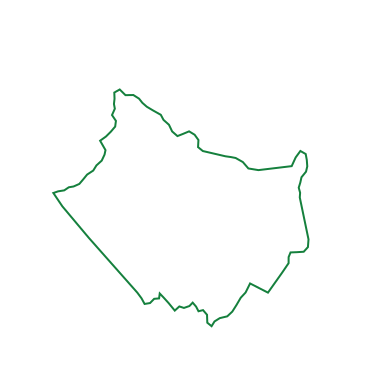 Guarabira, Paraíba, Brazil, rotated 146°
{"feature_id": "56859067B2351193324902", "entity_name": "Guarabira", "entity_type": "district", "adm_level": 2, "iso_a3": "BRA", "parent_name": "Brazil", "parent_adm1": "Paraíba", "projection": "robinson", "projection_center": [-35.452, -6.887], "detail": "fine", "context": "isolated", "style": "outline", "palette": "green", "viewbox_px": 384, "rotation_deg": 146, "n_neighbors": 0, "source": "geoboundaries", "source_scale": "gbopen_adm2", "svg_char_len": 1343}
<svg xmlns="http://www.w3.org/2000/svg" viewBox="0 0 384 384"><g transform="rotate(146 192 192)"><path d="M194.6,317.4L200.8,317.9L204.1,312.6L207.5,308.6L209.4,304.2L215.3,300.5L215.3,293.5L219.1,289.2L225.5,287.4L232.3,286.1L239.5,285.9L239.9,280.4L240.3,275.1L243.6,271.9L249.3,268.5L256.3,267.5L261.9,265.0L269.2,265.1L275.5,263.2L280.9,261.7L287.1,262.8L291.5,264.8L297.0,264.8L302.6,267.4L307.5,268.7L307.5,252.6L303.2,211.8L293.6,139.1L293.3,132.1L293.9,125.7L288.9,123.4L283.1,124.6L278.8,122.2L275.5,125.9L274.6,120.7L273.5,113.0L272.6,103.3L266.5,104.2L263.5,100.4L257.9,98.9L253.3,99.9L252.7,94.7L253.3,89.5L248.9,87.9L248.2,81.8L252.4,75.1L250.8,69.8L245.7,72.1L239.5,71.9L232.3,69.2L225.5,70.3L218.4,73.4L210.7,77.1L203.8,78.7L199.2,81.3L195.0,83.7L185.3,66.1L162.2,74.8L151.7,79.0L148.3,84.0L144.1,86.8L138.6,83.4L132.8,80.0L126.7,81.5L121.9,87.6L105.7,127.2L102.8,130.9L101.1,135.9L96.9,139.3L93.0,143.0L86.1,145.1L82.1,148.8L78.9,154.4L76.5,159.9L79.2,165.4L86.7,162.7L94.9,157.7L124.7,173.0L132.1,180.0L133.1,188.4L136.8,195.8L140.2,199.2L144.3,202.9L160.1,219.9L161.9,225.8L157.6,231.5L157.8,238.0L160.5,243.9L167.0,245.2L172.8,246.5L174.6,253.3L173.5,260.6L175.3,267.7L174.7,273.4L178.7,281.4L181.8,288.0L183.3,293.7L183.7,299.0L186.4,305.2L193.0,309.5L194.6,317.4Z" fill="none" stroke="#15803d" stroke-width="2"/></g></svg>